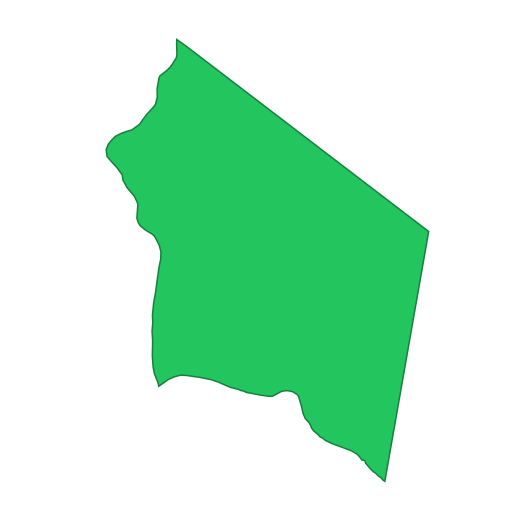 the district of Nentón, Huehuetenango, Guatemala, rotated 100°
{"feature_id": "79465075B15120752201699", "entity_name": "Nentón", "entity_type": "district", "adm_level": 2, "iso_a3": "GTM", "parent_name": "Guatemala", "parent_adm1": "Huehuetenango", "projection": "robinson", "projection_center": [-91.636, 15.932], "detail": "fine", "context": "isolated", "style": "filled", "palette": "green", "viewbox_px": 512, "rotation_deg": 100, "n_neighbors": 0, "source": "geoboundaries", "source_scale": "gbopen_adm2", "svg_char_len": 1404}
<svg xmlns="http://www.w3.org/2000/svg" viewBox="0 0 512 512"><g transform="rotate(100 256 256)"><path d="M204.4,400.2L211.2,394.7L213.3,392.2L218.2,386.2L224.2,382.0L226.0,381.3L239.4,379.9L243.4,377.9L246.3,375.3L249.5,369.7L252.4,362.3L253.7,360.0L254.9,358.7L262.0,353.3L266.3,351.3L268.5,350.3L275.6,349.3L284.4,349.6L309.6,348.6L319.3,348.7L332.4,347.7L339.5,346.1L348.1,345.3L357.3,343.1L372.2,340.8L383.0,338.1L389.4,335.7L398.3,330.2L401.2,329.2L392.7,320.7L389.3,315.7L386.4,309.5L385.7,303.2L385.3,290.7L385.6,278.4L386.7,271.5L389.8,258.5L390.5,249.3L391.1,247.9L391.1,245.4L392.0,241.6L392.2,226.8L391.9,218.4L391.3,215.5L385.2,207.8L383.8,204.6L383.1,201.1L383.3,196.1L385.5,191.0L387.0,189.6L396.8,184.8L402.9,182.3L407.6,179.2L411.3,174.4L414.0,172.4L415.5,171.6L418.1,169.1L421.3,163.5L423.0,161.5L423.8,158.7L425.6,155.5L427.4,149.3L431.3,128.1L433.7,121.9L436.1,118.8L438.5,116.3L438.5,113.5L441.1,111.9L445.7,106.5L448.4,102.4L449.0,100.7L451.5,97.1L452.8,94.2L454.4,92.5L455.5,90.0L201.9,90.2L62.1,360.0L56.5,371.6L60.6,371.1L69.1,369.3L71.0,368.9L74.7,368.9L84.5,373.0L89.4,376.6L95.1,381.8L97.9,382.5L108.6,382.4L116.6,380.8L123.9,381.3L126.4,382.4L135.8,388.4L146.7,393.7L153.4,400.2L156.1,405.7L158.9,410.5L162.7,415.4L166.4,418.0L171.6,420.9L177.3,422.0L184.0,419.9L188.5,414.3L193.3,408.1L199.4,401.8L204.4,400.2Z" fill="#22c55e" stroke="#15803d" stroke-width="1.5"/></g></svg>